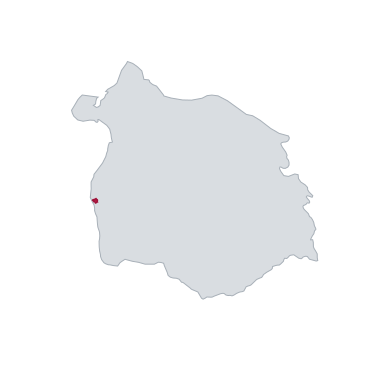 Costuleni, Iasi, Romania shown in context, rotated 202°
{"feature_id": "2599482B11377043097002", "entity_name": "Costuleni", "entity_type": "district", "adm_level": 2, "iso_a3": "ROU", "parent_name": "Romania", "parent_adm1": "Iasi", "projection": "albers", "projection_center": [27.868, 47.006], "detail": "fine", "context": "in_parent", "style": "filled", "palette": "rose", "viewbox_px": 384, "rotation_deg": 202, "n_neighbors": 0, "source": "geoboundaries", "source_scale": "gbopen_adm2", "svg_char_len": 4456}
<svg xmlns="http://www.w3.org/2000/svg" viewBox="0 0 384 384"><g transform="rotate(202 192 192)"><path d="M288.7,215.1L291.9,219.5L296.0,221.9L305.5,224.3L306.3,224.0L306.4,223.5L305.7,222.9L305.6,222.0L306.1,221.0L307.4,220.9L309.5,221.8L313.6,220.4L319.5,216.8L324.9,216.0L330.0,218.0L332.6,220.4L334.3,222.7L333.8,225.6L333.5,227.4L332.4,234.8L331.5,237.6L330.1,240.8L314.6,244.8L315.5,243.0L315.1,239.9L314.4,237.5L315.9,235.4L312.3,234.6L310.8,235.8L309.6,237.9L310.8,242.6L309.1,245.2L308.4,246.6L308.4,250.1L307.4,251.6L307.2,253.2L309.7,252.8L308.6,255.7L304.0,261.5L302.4,264.9L302.9,278.4L300.9,286.5L300.7,288.8L295.6,289.0L294.1,288.8L289.3,287.6L283.9,285.5L280.8,281.3L278.8,278.4L274.2,279.7L273.3,279.3L272.1,277.9L268.7,276.9L264.5,276.9L255.0,271.4L254.0,270.5L246.5,271.3L235.3,273.8L226.8,277.0L217.8,282.7L214.1,287.0L209.9,289.3L203.9,290.9L193.4,289.9L182.4,287.2L170.7,284.3L164.3,285.4L155.7,284.0L142.9,280.4L133.2,279.0L123.6,280.1L122.1,278.7L121.8,277.2L122.3,275.1L123.8,273.5L126.2,272.3L127.5,271.1L127.7,269.8L125.2,267.5L120.1,264.2L118.1,262.2L117.6,261.8L117.5,260.1L116.5,258.7L114.6,257.7L113.1,255.8L112.1,253.3L112.5,251.0L114.3,248.9L116.4,248.1L118.9,248.5L119.9,248.0L119.6,246.4L117.3,244.3L113.0,241.6L108.4,242.6L103.5,247.2L100.1,247.8L98.3,244.3L94.8,242.0L89.7,241.0L86.6,239.5L85.6,237.4L83.4,235.8L78.6,233.8L78.6,232.2L79.5,232.0L81.2,232.0L83.6,231.8L84.1,231.0L84.2,230.2L82.4,229.1L80.6,228.2L79.6,227.5L79.1,226.7L79.0,225.9L79.6,225.4L80.4,225.4L81.1,225.0L81.7,223.2L82.9,221.8L83.6,221.4L83.7,220.2L83.0,219.1L82.0,218.2L80.6,217.5L76.0,215.5L73.8,213.2L72.3,213.0L70.1,211.6L67.8,209.5L65.9,206.6L63.7,204.6L63.2,203.9L63.2,203.2L63.7,202.5L63.8,201.7L63.4,199.0L64.0,196.2L64.2,193.6L64.3,192.4L63.8,192.0L63.4,192.4L62.8,192.8L62.2,192.9L60.7,190.8L58.9,186.7L57.6,185.3L54.9,183.3L52.7,181.5L51.3,178.1L49.7,175.5L51.0,174.5L57.9,173.7L60.9,175.4L62.4,175.1L63.9,174.0L64.7,173.2L65.0,172.2L65.8,171.0L68.1,170.6L74.1,171.9L76.7,170.4L77.7,169.5L78.4,167.5L79.2,165.9L81.4,165.2L81.5,163.6L81.3,161.9L82.9,158.3L83.8,156.9L85.0,156.4L86.6,155.4L89.4,153.1L88.9,151.0L89.6,149.4L92.5,145.8L94.8,142.3L95.0,140.5L95.4,138.9L97.3,137.2L99.3,135.1L102.4,128.1L103.3,127.0L105.0,125.7L106.3,124.4L106.8,119.7L108.0,118.5L110.3,117.1L112.6,114.8L114.6,112.0L116.0,110.7L117.8,110.5L119.8,109.5L122.0,109.2L124.0,109.9L125.3,109.7L127.4,108.4L132.8,103.4L133.6,102.4L134.7,101.7L138.9,100.2L140.1,98.4L141.6,96.8L143.4,97.1L149.1,101.5L155.5,101.6L156.7,101.8L157.0,101.9L157.8,102.3L166.2,104.7L167.5,104.6L167.9,104.4L171.2,106.3L174.2,106.2L177.2,105.2L180.2,104.9L182.9,105.7L184.9,108.2L190.1,113.4L191.6,115.3L194.1,115.1L196.9,114.3L199.8,111.0L208.5,107.5L215.1,106.8L221.5,105.4L228.9,104.5L231.0,101.5L232.3,99.4L233.2,95.5L237.1,94.4L240.9,93.7L242.3,93.2L245.0,93.1L247.1,93.4L250.4,95.4L252.6,97.9L253.5,99.8L255.5,102.6L257.5,106.4L259.7,111.5L260.2,114.1L261.1,116.9L262.8,120.3L266.0,124.0L266.5,124.8L267.9,127.4L270.8,133.3L273.2,135.6L275.3,138.2L276.3,140.7L277.8,143.1L281.4,146.1L284.3,148.9L286.6,157.0L288.2,160.7L289.3,163.5L288.8,169.3L289.5,171.7L288.2,176.2L285.8,185.3L285.2,192.5L285.7,196.3L285.7,198.8L286.3,200.4L287.0,203.7L287.1,206.6L286.2,207.4L285.0,208.0L284.5,208.6L285.6,209.9L287.2,212.3L288.7,215.1Z" fill="#d9dde1" stroke="#a8b0b8" stroke-width="1"/><path d="M281.0,147.5L281.0,147.4L280.9,147.3L281.0,147.3L281.0,147.2L280.9,147.2L280.7,147.1L280.4,147.0L280.2,147.1L280.0,146.9L280.0,147.0L279.9,147.0L279.8,146.9L279.7,146.9L279.7,146.7L279.4,146.6L279.2,146.7L279.1,146.8L279.1,146.7L278.9,146.7L278.9,146.4L278.7,146.4L278.5,146.5L278.4,146.5L278.4,146.4L278.2,146.3L277.9,146.2L277.9,146.3L277.8,146.2L277.7,146.1L277.6,145.9L277.5,145.7L277.4,145.7L277.4,145.8L277.2,145.9L277.1,146.0L276.9,146.1L276.9,146.3L276.5,146.5L276.4,146.6L276.3,146.8L276.5,147.1L276.5,147.3L276.6,147.5L276.4,147.6L276.5,147.6L276.5,147.8L276.4,147.8L276.5,147.9L276.6,148.0L276.6,148.3L276.5,148.5L276.6,148.8L276.6,149.0L276.8,149.2L277.1,149.0L277.2,148.9L277.4,148.9L277.5,148.9L277.5,149.0L277.7,149.3L277.8,149.2L277.8,149.3L278.0,149.3L278.0,149.5L278.3,149.7L278.3,149.8L278.5,149.9L278.6,149.7L278.8,149.6L278.9,149.4L279.0,149.3L279.1,149.2L279.3,149.0L279.4,148.9L279.6,148.7L279.8,148.4L280.0,148.3L280.2,148.0L280.3,148.0L280.3,147.9L280.5,147.7L280.5,147.8L280.8,147.8L280.9,147.7L281.0,147.5Z" fill="#f43f5e" stroke="#9f1239" stroke-width="1.5"/></g></svg>